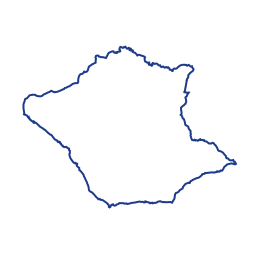 North Efate, Shefa, Vanuatu (Natural Earth projection), rotated 170°
{"feature_id": "77236927B73770222811595", "entity_name": "North Efate", "entity_type": "district", "adm_level": 2, "iso_a3": "VUT", "parent_name": "Vanuatu", "parent_adm1": "Shefa", "projection": "natural_earth1", "projection_center": [168.415, -17.573], "detail": "fine", "context": "isolated", "style": "outline", "palette": "blue", "viewbox_px": 256, "rotation_deg": 170, "n_neighbors": 0, "source": "geoboundaries", "source_scale": "gbopen_adm2", "svg_char_len": 5725}
<svg xmlns="http://www.w3.org/2000/svg" viewBox="0 0 256 256"><g transform="rotate(170 128 128)"><path d="M228.1,159.5L227.6,159.1L226.6,158.8L226.0,158.2L225.3,157.8L224.6,156.0L224.3,155.9L223.8,156.1L223.7,155.5L224.0,155.0L223.9,154.6L223.3,154.4L223.0,153.3L222.6,153.1L222.4,152.4L221.9,152.2L221.4,151.4L220.7,151.0L220.2,149.8L219.7,149.3L219.4,149.5L220.1,150.7L220.1,151.0L219.9,151.1L218.3,149.3L217.4,148.7L214.9,145.3L214.7,144.8L211.6,142.1L211.0,141.2L210.4,140.9L209.7,140.1L208.4,138.2L207.8,137.5L207.1,136.5L206.6,136.1L205.8,135.1L204.7,134.4L204.1,133.5L203.7,132.4L203.3,131.9L202.1,129.5L201.2,129.0L200.6,128.1L199.9,128.0L199.6,127.7L199.5,126.4L199.0,126.2L197.8,126.3L197.4,125.9L197.5,124.7L196.7,124.2L196.6,123.2L196.2,122.9L196.0,122.2L195.3,121.9L195.3,121.2L195.0,120.8L194.5,120.6L193.9,120.2L192.0,120.1L191.4,119.2L191.0,119.0L190.8,118.6L189.8,118.1L189.6,117.8L189.9,116.7L189.7,116.1L189.2,115.7L189.7,113.2L190.3,112.5L190.3,112.3L190.3,110.4L190.0,108.6L189.2,106.5L187.5,103.3L186.2,102.4L186.0,102.5L185.9,102.8L185.7,102.8L184.9,101.7L184.3,101.6L184.3,101.3L184.7,101.0L184.8,100.6L185.0,100.4L185.0,99.7L183.9,98.0L183.2,97.5L183.0,97.2L183.2,94.8L182.7,94.5L182.3,94.1L180.0,90.0L179.8,88.4L177.9,81.5L177.7,79.8L177.4,79.1L177.1,76.8L177.2,73.9L177.0,73.0L176.1,71.9L174.6,70.8L173.1,68.6L171.0,65.1L170.2,64.2L169.6,63.0L168.9,62.9L168.1,63.1L167.6,62.1L167.0,61.8L166.2,61.8L165.4,61.3L162.2,58.2L161.2,56.9L161.1,56.3L160.6,56.0L160.4,55.5L160.5,53.5L160.0,53.0L159.1,53.3L158.5,54.3L157.6,55.2L156.1,55.4L156.1,54.7L155.4,54.4L154.7,53.8L153.3,54.0L152.6,54.6L150.5,54.9L149.8,55.5L149.3,55.5L145.0,54.6L144.8,54.3L144.3,54.0L142.6,54.0L142.0,53.3L141.7,53.2L137.1,53.6L134.2,53.4L129.5,53.6L128.0,52.9L126.3,52.8L125.5,52.0L124.1,51.8L123.9,52.1L123.8,52.7L123.3,52.7L122.9,52.4L122.6,52.0L121.4,51.6L120.5,50.9L119.6,50.8L119.3,50.0L117.8,50.1L117.2,50.3L116.8,49.6L114.4,49.7L113.7,49.4L111.2,50.2L110.3,50.3L109.3,50.3L108.5,50.1L108.1,49.7L107.0,49.1L105.8,48.8L104.8,48.8L104.2,48.4L99.0,47.7L98.5,47.5L97.9,46.9L97.5,46.8L96.0,48.8L95.2,49.5L94.5,50.4L93.2,54.5L92.0,55.7L90.3,55.9L89.0,56.6L87.9,57.8L84.8,58.9L83.9,60.6L81.2,62.9L78.1,63.6L77.6,63.6L77.2,63.2L76.8,63.1L76.4,63.5L76.1,64.3L75.6,64.7L74.1,65.2L73.4,65.6L68.8,66.8L67.6,66.7L65.9,67.3L63.4,68.8L63.0,69.6L60.8,69.6L59.9,70.0L59.8,70.3L59.2,70.1L52.5,69.7L51.7,69.3L50.6,69.3L50.4,69.1L49.2,69.3L48.3,69.2L47.8,69.4L47.6,69.8L47.2,69.4L46.5,69.5L45.9,69.1L45.3,69.5L44.8,69.4L44.2,70.0L43.9,70.1L43.1,69.6L42.8,69.6L41.7,70.6L39.8,73.1L38.1,73.9L37.1,74.7L36.6,74.9L32.7,75.2L30.8,74.6L28.9,73.6L28.2,73.7L27.9,74.2L28.7,76.2L29.5,76.5L29.9,78.2L31.4,78.1L33.1,78.5L33.6,78.8L35.0,80.8L36.1,81.1L36.5,81.6L36.4,83.3L37.5,84.9L38.7,87.2L40.5,88.8L42.5,89.7L43.1,90.4L43.8,93.6L44.4,94.8L44.7,95.7L44.9,96.0L45.6,96.5L46.0,97.8L46.8,98.5L47.4,98.8L48.9,98.2L50.1,98.6L50.8,98.6L53.1,101.1L55.0,101.8L55.2,102.8L56.1,102.8L56.4,103.3L58.8,103.6L58.9,104.4L59.9,104.2L60.9,103.4L61.7,103.4L62.4,104.1L62.8,104.2L63.6,104.4L64.0,104.1L64.5,104.9L65.4,104.5L66.9,105.0L67.4,106.5L67.7,109.8L67.1,111.3L67.3,112.4L66.9,114.2L68.3,116.8L68.5,118.9L68.8,119.3L70.8,120.9L71.0,121.7L71.0,123.9L71.4,127.0L72.4,128.0L72.5,128.5L72.6,130.0L73.3,131.2L73.8,131.7L72.8,132.4L72.5,134.7L72.6,136.5L72.3,138.6L71.8,139.2L69.4,140.6L68.9,140.7L68.0,141.5L67.1,142.0L66.0,144.2L66.0,146.8L66.2,147.8L65.9,148.4L64.6,149.1L63.8,150.6L62.1,152.3L64.1,152.7L67.0,153.7L66.3,153.8L65.6,154.5L62.3,163.4L62.0,164.8L61.5,165.0L61.3,166.1L59.9,167.4L59.5,169.4L59.3,169.8L58.2,170.5L57.3,171.4L54.2,173.0L53.6,173.8L53.3,174.3L53.3,174.9L54.1,176.1L54.3,177.7L55.4,177.6L56.0,178.0L57.2,179.6L57.9,179.5L58.8,179.1L59.3,179.3L59.7,180.0L60.5,180.1L60.6,180.3L63.7,180.8L65.8,180.5L68.3,179.2L69.5,178.3L70.9,178.1L72.3,178.5L73.4,177.9L73.8,177.2L74.0,176.5L74.5,176.4L75.4,177.7L76.8,178.2L77.0,179.8L78.0,180.9L78.8,180.5L79.7,181.4L81.3,181.0L82.8,182.5L83.1,182.5L84.1,182.1L85.2,182.8L85.5,184.2L86.7,184.3L87.2,184.7L87.9,185.9L88.5,186.4L89.7,186.6L91.0,186.5L92.0,187.7L92.4,187.7L93.1,186.9L93.2,185.5L93.6,185.2L94.0,185.2L94.8,186.4L96.2,186.5L96.3,186.7L96.5,187.3L96.4,187.8L95.8,188.2L95.8,188.8L97.6,188.9L98.2,189.6L99.5,190.5L99.7,191.1L99.7,193.0L99.3,194.2L98.9,194.7L99.7,195.6L101.0,196.4L102.9,197.3L103.6,197.9L104.7,198.2L106.2,197.8L106.8,199.1L107.9,200.7L108.4,201.1L108.9,201.2L110.3,202.3L110.3,202.5L109.7,202.9L109.7,203.4L109.9,203.7L110.3,203.8L110.9,203.7L111.9,203.8L113.0,204.6L113.0,205.0L111.4,205.2L111.4,205.5L113.4,206.8L114.1,206.3L115.1,206.2L115.8,207.4L116.4,207.7L116.5,208.5L117.8,208.5L118.4,207.9L119.3,207.8L120.7,208.9L121.4,209.2L122.3,208.2L122.8,207.0L122.2,205.7L122.3,205.0L122.9,204.6L123.6,204.9L125.8,204.7L125.2,204.4L125.7,203.9L126.7,203.9L128.1,204.5L128.7,204.9L128.9,205.9L129.6,206.2L131.1,206.1L134.0,205.3L137.5,200.8L140.4,202.1L142.9,202.6L143.7,203.4L144.3,203.5L144.6,204.2L145.0,204.6L146.4,204.7L147.1,204.5L147.8,203.1L147.5,201.8L148.2,199.9L148.5,198.0L152.0,197.0L155.9,195.2L157.6,191.7L158.4,190.9L159.0,190.6L161.0,190.5L161.4,191.1L162.4,190.1L163.5,189.3L165.2,189.3L166.3,188.7L167.5,187.1L168.3,185.3L168.9,183.1L169.0,182.0L169.7,181.1L170.3,181.0L171.6,181.3L172.9,181.3L174.9,181.0L178.3,179.3L179.5,179.2L182.0,178.4L183.4,178.3L184.2,177.5L185.8,177.3L186.4,177.0L191.4,175.9L193.6,176.1L194.1,175.9L197.2,178.0L198.3,177.4L203.5,176.1L204.3,175.8L205.5,175.6L206.9,174.6L208.0,174.4L209.0,174.4L211.7,175.2L212.7,175.7L213.4,176.7L215.8,177.3L218.8,177.3L219.9,176.8L222.1,174.9L224.0,174.5L224.6,173.8L225.1,172.5L226.8,169.6L227.1,167.6L227.5,165.9L227.6,160.4L228.1,159.5Z" fill="none" stroke="#1e3a8a" stroke-width="2"/></g></svg>